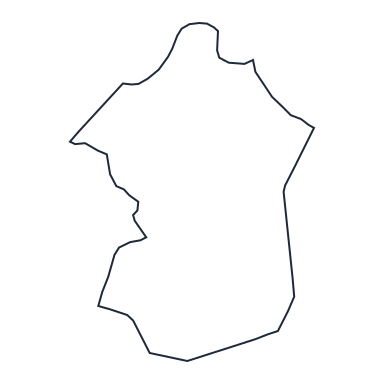 Joca Marques, Piauí, Brazil
{"feature_id": "56859067B3346916621202", "entity_name": "Joca Marques", "entity_type": "district", "adm_level": 2, "iso_a3": "BRA", "parent_name": "Brazil", "parent_adm1": "Piauí", "projection": "orthographic", "projection_center": [-42.438, -3.542], "detail": "fine", "context": "isolated", "style": "outline", "palette": "slate", "viewbox_px": 384, "rotation_deg": 0, "n_neighbors": 0, "source": "geoboundaries", "source_scale": "gbopen_adm2", "svg_char_len": 877}
<svg xmlns="http://www.w3.org/2000/svg" viewBox="0 0 384 384"><path d="M122.9,83.5L79.3,130.9L75.1,135.7L70.0,141.7L75.1,144.1L85.1,143.2L90.5,146.3L97.6,150.5L106.8,154.4L110.1,174.3L116.3,186.1L123.9,189.4L129.3,195.3L138.3,201.8L137.4,210.5L133.1,215.0L134.7,220.7L146.2,237.3L140.4,240.3L130.2,242.1L119.1,247.5L114.5,254.8L108.2,276.9L102.2,292.1L98.3,306.0L110.3,309.4L127.2,315.0L133.2,320.6L149.7,353.0L187.3,361.0L255.6,339.1L267.6,334.4L277.9,331.0L288.1,310.9L294.2,296.7L292.6,278.3L283.6,191.8L285.1,185.5L295.3,165.5L314.0,127.9L308.9,125.1L301.1,119.1L290.8,115.2L283.3,107.6L272.0,96.8L255.4,71.8L253.0,60.0L244.5,63.9L228.8,62.7L219.3,57.7L217.1,50.4L218.0,31.1L213.8,27.3L206.9,23.6L199.2,23.0L189.4,24.2L181.6,28.7L177.3,35.6L172.3,48.6L168.1,56.7L158.7,69.7L147.7,78.7L138.5,83.9L131.6,84.5L122.9,83.5Z" fill="none" stroke="#1e293b" stroke-width="2"/></svg>